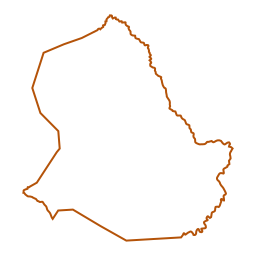 outline of San Sebastian, Lempira, Honduras
{"feature_id": "27666195B86153124151915", "entity_name": "San Sebastian", "entity_type": "district", "adm_level": 2, "iso_a3": "HND", "parent_name": "Honduras", "parent_adm1": "Lempira", "projection": "mercator", "projection_center": [-88.697, 14.352], "detail": "fine", "context": "isolated", "style": "outline", "palette": "amber", "viewbox_px": 256, "rotation_deg": 0, "n_neighbors": 0, "source": "geoboundaries", "source_scale": "gbopen_adm2", "svg_char_len": 5808}
<svg xmlns="http://www.w3.org/2000/svg" viewBox="0 0 256 256"><path d="M23.4,192.8L24.3,193.0L25.3,194.4L27.6,196.2L28.2,196.4L30.2,196.5L32.1,197.0L32.3,197.1L32.7,197.5L33.5,197.8L34.5,198.4L35.4,198.7L35.8,198.9L36.4,199.5L37.3,200.8L37.6,201.0L38.5,201.2L39.5,201.9L40.1,202.0L41.9,201.8L42.3,201.8L42.7,202.0L43.1,202.6L44.4,204.6L45.9,206.1L46.2,206.5L46.6,207.4L47.0,208.9L47.3,209.7L47.7,210.4L49.2,212.0L50.1,213.2L50.6,214.4L51.7,217.3L52.2,218.2L52.7,218.9L58.2,210.5L72.9,209.6L100.4,226.0L126.3,240.6L181.1,237.4L182.9,235.0L183.3,234.0L183.7,233.3L184.0,233.3L184.3,233.4L184.7,233.8L184.9,234.4L185.2,234.6L185.5,234.6L188.0,232.7L190.2,231.6L190.6,231.5L191.0,231.6L191.3,231.7L192.1,232.4L193.2,233.9L193.4,234.6L193.5,234.9L194.1,235.0L194.8,235.0L195.4,234.7L195.9,234.0L196.1,233.5L196.2,231.9L196.5,230.8L197.1,229.7L197.6,229.2L198.1,229.0L198.4,229.1L198.6,229.2L199.1,230.2L199.6,231.4L199.9,231.8L200.8,232.1L201.7,232.1L201.9,232.0L202.2,231.7L202.3,231.4L202.3,231.0L202.2,230.6L201.5,229.4L201.3,229.0L201.4,228.7L201.8,228.6L204.7,228.3L205.3,228.1L205.8,227.6L205.9,227.2L205.6,225.4L204.3,223.6L204.1,223.0L204.0,222.4L204.2,221.9L204.7,221.5L206.1,220.8L207.3,220.4L207.6,220.1L207.5,219.7L206.8,219.1L206.6,218.5L206.6,217.8L207.0,217.0L207.5,216.4L207.9,216.3L209.9,217.9L210.4,217.6L211.1,217.1L211.2,216.6L211.7,213.4L211.8,212.9L212.1,212.5L212.4,212.2L213.8,211.7L214.8,211.0L214.9,210.7L215.1,210.0L215.3,208.0L215.6,207.0L216.0,206.8L216.9,206.7L217.6,206.7L218.6,207.0L219.0,206.8L219.3,206.4L219.9,205.3L220.7,202.8L221.2,201.5L221.3,201.0L221.0,200.4L220.9,200.0L220.9,199.6L221.1,199.2L221.5,199.0L222.0,199.1L222.4,199.3L223.6,200.4L223.8,200.4L224.0,200.4L224.0,199.4L223.6,196.5L223.6,196.0L223.9,195.5L224.3,195.0L224.5,194.9L225.1,194.7L225.5,194.4L225.9,193.7L225.9,193.3L225.2,191.6L223.4,188.2L222.5,187.0L221.2,185.5L220.5,184.4L220.1,183.6L219.8,182.6L219.6,182.2L218.8,181.1L217.7,180.2L217.4,179.7L217.0,178.9L217.0,178.0L217.2,177.4L218.3,175.5L219.1,174.1L219.8,173.4L220.3,173.2L220.8,173.1L222.1,173.2L223.2,173.5L223.5,173.5L223.7,173.3L223.8,173.1L223.8,172.7L223.4,170.1L223.4,169.5L223.6,169.1L224.1,168.6L227.3,166.8L227.5,166.4L227.4,165.8L227.5,165.5L229.4,164.1L229.0,160.8L229.9,159.4L230.5,158.7L230.6,158.4L230.3,156.1L229.9,154.8L230.0,153.3L230.5,152.0L231.1,151.3L231.2,150.8L232.6,148.5L231.2,147.2L229.0,146.6L229.4,145.0L229.9,144.3L230.0,144.0L229.7,143.2L229.1,142.4L228.5,142.4L228.0,142.5L227.2,142.8L225.2,144.2L224.7,144.4L224.4,144.4L223.8,144.1L222.8,143.3L221.0,140.9L220.1,140.6L219.2,140.3L218.1,140.3L217.1,140.5L216.1,140.9L214.4,141.9L213.5,142.2L213.2,142.2L212.4,141.8L212.1,141.5L211.8,141.1L211.6,141.0L208.5,141.9L207.3,141.9L206.9,142.1L206.3,142.9L205.4,143.7L204.8,144.0L204.0,144.2L201.0,144.3L199.3,144.3L198.2,143.9L197.0,143.4L196.2,143.0L195.5,142.4L195.3,142.1L195.2,141.6L195.1,139.6L195.0,139.0L194.8,138.7L193.9,137.6L193.6,137.1L193.4,135.9L193.5,135.5L193.7,134.4L193.7,134.0L193.6,133.5L193.4,133.2L191.4,132.3L191.0,131.0L190.9,129.9L190.8,129.5L190.6,129.2L190.0,128.7L189.5,128.0L189.4,125.7L189.3,125.3L188.5,124.8L187.1,124.4L186.4,123.9L186.1,123.6L185.7,122.4L184.9,120.3L184.1,119.7L182.8,119.0L182.2,118.5L181.5,117.6L181.3,117.2L181.1,116.3L180.6,115.6L180.1,115.5L178.2,115.5L177.3,115.5L177.0,115.3L176.8,115.1L176.5,114.7L175.8,112.6L175.4,111.5L175.1,111.4L174.0,111.3L172.7,111.0L172.5,110.8L172.4,110.3L172.2,110.1L170.8,109.4L170.0,108.9L169.5,108.5L169.5,108.2L169.6,107.5L170.1,106.4L170.1,106.0L169.8,104.7L169.8,104.0L169.9,102.8L169.7,101.5L169.5,100.8L168.9,99.8L167.3,97.4L166.8,96.5L166.7,95.3L166.1,92.3L166.0,90.3L165.7,88.7L165.3,88.2L164.5,87.9L164.0,87.4L163.3,86.2L162.8,85.2L162.1,82.6L161.7,80.3L161.0,78.7L161.0,78.1L161.2,77.5L161.2,77.2L160.7,76.8L158.3,75.9L157.1,74.8L156.0,73.9L155.7,73.2L155.7,72.1L154.9,70.6L155.1,68.8L155.0,68.4L154.9,68.2L154.3,67.8L152.5,67.4L151.9,66.9L150.7,66.2L150.4,66.0L150.3,65.8L150.2,64.4L150.4,63.5L150.6,63.2L151.1,63.0L151.2,62.7L151.1,62.2L150.8,61.7L150.1,60.8L149.6,60.3L150.9,59.3L151.2,58.9L151.2,58.7L151.0,58.3L150.2,57.6L149.6,57.2L149.5,56.7L149.7,56.4L150.3,56.1L150.5,55.8L150.7,55.4L150.8,55.2L150.5,54.6L149.8,53.9L149.6,53.4L149.6,52.8L149.6,52.6L149.0,52.0L148.9,51.5L149.0,50.5L148.7,49.6L148.5,48.8L148.0,48.3L147.9,47.9L147.9,47.1L148.3,46.6L148.4,46.2L148.4,45.7L148.3,45.4L147.9,45.1L147.0,45.0L146.4,45.0L145.5,45.3L145.0,45.3L144.7,45.2L144.4,44.7L144.1,43.6L143.8,42.9L143.4,42.7L141.3,42.4L140.8,42.2L140.4,41.7L139.6,40.2L138.9,39.1L138.6,39.0L137.7,38.9L136.4,38.5L135.9,38.3L135.6,38.1L135.4,37.8L135.3,37.4L135.2,36.5L135.2,35.9L135.1,35.7L134.4,35.6L133.2,35.5L132.5,35.4L131.7,35.0L130.9,34.4L130.6,33.9L130.5,31.5L130.0,30.7L129.2,29.9L128.6,28.5L128.6,27.9L129.0,27.2L128.9,26.8L128.7,26.6L128.2,26.5L127.2,26.0L126.3,25.3L126.0,25.0L125.8,24.7L125.5,23.6L125.5,23.1L125.6,22.6L125.5,22.4L125.3,22.3L124.9,22.3L122.2,22.6L121.7,21.3L121.1,21.2L120.2,21.5L119.4,21.5L118.0,19.5L117.7,19.5L116.9,19.5L115.9,19.1L115.7,17.6L115.1,17.5L114.8,17.5L112.8,18.5L112.5,18.1L112.1,17.2L112.0,16.8L112.0,16.1L111.8,15.7L111.5,15.5L111.2,15.4L110.0,15.4L109.8,15.4L109.7,15.6L109.8,16.2L109.5,16.8L108.1,17.3L107.5,18.3L106.9,18.9L106.6,19.3L106.4,20.0L106.6,20.6L106.5,21.3L105.4,21.5L105.5,23.2L105.1,24.1L105.0,24.7L104.8,24.9L103.1,25.3L103.0,25.5L103.3,26.1L103.2,27.0L101.7,27.9L101.0,28.6L100.3,29.3L99.9,28.9L99.5,28.7L99.0,28.7L98.5,28.8L98.2,29.0L97.9,29.3L97.5,30.1L81.8,38.0L63.8,44.3L43.6,52.8L32.3,88.0L40.4,113.0L58.3,131.1L59.7,148.6L56.8,152.1L36.8,182.7L29.7,186.7L29.5,187.0L29.2,187.2L28.7,187.3L28.1,187.1L27.8,187.1L27.6,187.4L27.7,188.2L27.5,188.8L26.3,189.2L25.7,189.3L24.1,190.1L23.8,190.3L23.6,190.7L23.6,191.8L23.4,192.8Z" fill="none" stroke="#b45309" stroke-width="2"/></svg>